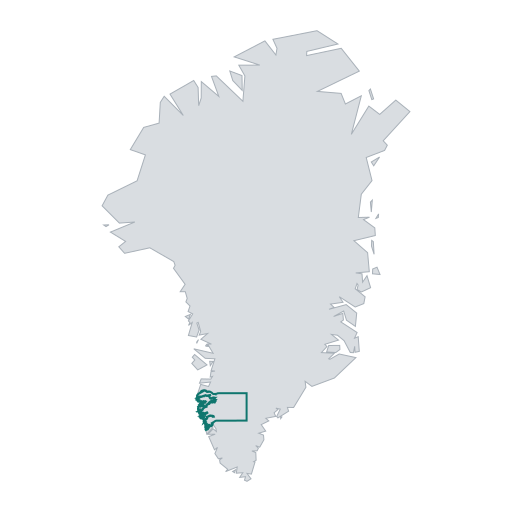 location of Qeqqata Kommunia within Greenland
{"feature_id": "GRL-2741", "entity_name": "Qeqqata Kommunia", "entity_type": "state/province", "adm_level": 1, "iso_a3": "GRL", "parent_name": "Greenland", "parent_adm1": "", "projection": "mercator", "projection_center": [-52.028, 66.171], "detail": "fine", "context": "in_parent", "style": "outline", "palette": "teal", "viewbox_px": 512, "rotation_deg": 0, "n_neighbors": 0, "source": "natural_earth", "source_scale": "10m", "svg_char_len": 9529}
<svg xmlns="http://www.w3.org/2000/svg" viewBox="0 0 512 512"><path d="M317.0,30.7L337.9,44.0L306.8,51.4L306.6,55.6L341.2,48.3L359.3,71.1L317.4,91.4L341.1,93.4L345.4,104.0L361.3,95.8L351.3,134.4L368.8,106.1L379.7,114.4L395.8,100.1L409.9,111.6L383.2,140.8L387.3,145.2L384.6,150.4L366.2,157.5L372.0,180.6L361.3,194.2L358.3,217.5L369.5,217.2L363.5,219.6L374.8,227.9L375.3,235.5L353.9,240.7L367.6,252.7L369.3,271.7L355.7,272.9L362.0,273.8L362.6,282.2L367.0,275.7L370.6,287.7L361.3,292.0L357.1,289.5L358.1,285.1L357.0,283.5L355.2,288.8L365.1,296.8L363.8,303.6L355.2,307.0L339.3,296.7L343.0,302.3L330.5,304.1L334.1,307.4L329.0,309.3L346.2,304.6L356.7,313.1L355.4,326.4L346.5,320.2L343.7,311.0L333.6,316.5L342.8,313.4L343.4,320.0L340.8,321.9L357.1,332.5L354.5,338.2L358.2,336.7L359.3,351.4L355.0,352.3L354.7,346.3L353.4,352.7L350.3,352.5L344.1,340.7L337.4,335.2L331.4,334.4L338.5,340.1L324.8,344.3L326.9,346.6L321.4,352.6L334.3,353.3L328.7,358.8L329.9,359.3L339.2,354.0L355.9,357.6L334.4,378.0L311.9,386.4L305.1,381.3L305.9,387.3L293.6,407.5L287.4,407.4L288.6,411.2L277.9,417.9L276.7,416.4L280.3,409.1L275.9,408.1L277.9,409.6L274.1,412.8L275.7,416.4L265.8,418.3L268.8,420.9L261.2,424.6L265.7,431.1L258.7,433.2L263.5,435.1L263.9,439.8L259.7,447.2L255.7,445.6L258.4,448.2L257.1,450.8L251.9,451.0L255.8,452.6L256.1,460.3L253.7,461.7L255.0,462.1L251.4,474.1L247.0,473.4L251.0,478.8L247.0,481.3L244.5,480.2L245.5,476.7L239.7,477.4L242.8,472.7L236.3,473.2L237.2,467.0L225.6,471.6L227.7,469.3L220.1,463.1L219.6,459.9L222.4,457.9L218.4,458.8L214.9,453.6L217.5,447.4L214.5,449.8L208.7,436.6L215.2,434.2L207.9,434.3L213.1,428.8L216.4,431.5L215.9,428.5L211.7,422.6L212.9,427.4L206.8,434.1L203.8,421.1L211.0,415.6L203.7,419.5L200.4,417.9L199.5,412.3L210.3,401.8L198.4,411.0L199.3,404.8L204.5,401.8L198.0,400.5L197.4,394.9L203.9,390.4L213.4,393.5L204.7,389.4L197.8,393.2L200.7,384.4L208.5,386.5L210.6,382.0L199.5,383.2L201.2,378.9L210.8,379.1L212.5,376.4L210.2,377.1L211.0,371.7L215.0,371.1L211.1,370.6L214.9,358.8L205.2,358.3L193.8,348.8L213.1,353.3L207.6,344.0L211.4,344.1L200.9,339.3L207.6,333.5L199.2,335.1L200.7,331.5L198.2,322.4L196.8,323.1L199.1,330.1L196.6,337.0L188.4,335.5L192.2,322.5L188.5,325.4L189.9,322.5L188.4,320.9L192.7,313.9L188.1,311.5L190.0,306.0L185.9,301.9L187.2,298.4L185.3,291.7L180.2,291.7L185.1,284.3L173.5,268.3L175.1,265.3L173.8,261.6L149.8,247.8L124.6,253.3L118.8,246.8L125.6,241.4L110.4,232.1L134.9,222.0L119.4,223.1L102.1,205.8L107.9,195.1L137.1,180.8L145.4,154.9L130.3,149.6L143.7,127.4L159.1,123.1L160.3,102.4L164.2,96.3L183.3,115.5L170.0,94.1L193.7,80.5L198.1,87.5L198.7,105.7L201.2,98.0L201.3,81.6L218.8,96.4L211.5,76.4L216.3,75.9L242.9,101.3L244.9,75.9L238.8,65.2L259.8,65.1L234.2,56.9L264.9,40.9L275.9,55.0L277.0,48.3L272.9,39.3L317.0,30.7ZM194.6,354.5L207.0,364.9L197.7,369.9L191.8,363.4L194.8,360.0L192.3,357.2L194.6,354.5ZM339.7,345.4L339.9,349.5L335.8,352.5L326.6,352.0L328.7,345.5L339.7,345.4ZM242.2,90.4L232.8,80.6L229.8,71.0L242.0,75.6L242.2,90.4ZM379.6,157.0L373.7,165.8L371.3,162.0L379.6,157.0ZM377.0,267.2L380.0,274.5L372.5,273.8L372.7,269.0L377.0,267.2ZM374.1,254.3L371.5,246.1L371.7,240.4L373.3,241.6L374.1,254.3ZM190.4,314.4L188.6,319.1L185.3,316.5L190.4,314.4ZM373.6,98.9L371.8,99.6L368.9,90.6L370.4,89.0L373.6,98.9ZM213.1,361.4L210.3,365.7L209.7,361.3L213.1,361.4ZM372.3,200.1L371.3,212.0L370.4,202.1L372.3,200.1ZM109.0,224.8L106.0,226.6L103.7,225.0L109.0,224.8ZM198.5,339.6L196.9,342.9L196.6,342.2L198.5,339.6ZM378.3,217.5L375.9,218.4L378.6,213.9L378.3,217.5ZM235.5,469.8L234.6,472.7L232.6,471.5L235.5,469.8ZM208.1,346.4L205.9,346.2L205.7,345.6L206.6,344.5L208.1,346.4ZM281.9,417.0L280.7,418.6L280.6,416.6L281.9,417.0Z" fill="#d9dde1" stroke="#a8b0b8" stroke-width="1"/><path d="M206.3,429.8L206.3,429.6L205.9,430.0L205.8,429.9L205.6,429.6L205.6,429.3L206.0,429.6L206.2,429.4L205.8,429.2L205.8,428.8L205.7,428.8L205.8,428.4L206.2,428.1L206.6,428.1L206.8,427.5L207.0,427.5L206.9,427.4L207.1,427.1L208.0,426.7L208.4,426.3L208.6,426.6L208.8,426.5L209.4,425.5L210.2,424.7L209.7,425.0L209.4,424.9L209.3,425.0L209.5,425.1L208.5,426.0L207.9,426.3L208.1,426.1L208.0,425.9L208.2,425.3L208.6,425.3L208.7,425.1L208.0,424.7L207.8,425.3L207.8,425.5L207.5,425.6L207.3,426.0L207.5,426.0L207.7,426.6L207.3,426.3L207.1,426.5L207.1,426.8L206.8,427.2L205.9,427.4L206.5,426.9L206.7,426.4L206.2,425.9L206.1,426.0L206.2,426.4L205.5,427.3L205.3,427.1L205.7,426.6L205.4,426.4L205.4,426.0L206.1,425.6L206.4,425.2L206.0,425.1L206.0,424.7L205.7,424.9L205.5,424.7L205.6,424.4L205.1,424.0L205.1,423.7L205.7,423.8L206.0,423.5L205.6,423.4L205.4,422.9L206.4,421.2L206.2,421.4L205.6,422.3L205.1,422.6L204.9,422.4L205.3,421.9L205.5,421.6L205.4,421.5L205.5,421.1L205.3,421.0L204.9,421.5L204.8,421.2L204.8,420.9L204.7,421.0L204.6,421.7L204.2,422.4L203.8,422.7L204.2,421.7L203.9,421.5L203.6,421.2L203.7,420.9L204.5,420.2L205.3,419.9L205.7,419.4L206.6,419.1L207.1,418.5L207.4,417.9L207.9,417.9L207.0,417.7L206.9,417.5L208.0,416.5L209.0,416.1L211.6,415.8L212.8,416.8L213.8,416.7L213.7,416.4L212.6,416.6L212.5,416.3L213.2,416.2L213.1,415.9L212.6,415.8L212.3,416.1L211.8,415.6L211.3,415.7L210.2,415.4L209.3,415.7L206.9,417.0L206.5,416.9L206.8,417.7L206.8,418.1L206.8,418.3L206.0,419.0L205.6,419.0L205.3,419.5L204.5,419.7L204.0,420.3L203.7,419.8L204.2,418.8L203.6,419.3L203.4,419.1L203.6,418.9L203.4,418.6L204.0,417.5L204.1,416.9L203.0,419.0L202.5,418.6L202.4,418.4L202.5,418.1L203.1,417.6L202.4,417.8L202.6,417.6L203.7,416.8L203.6,416.7L202.6,417.3L202.7,416.9L203.2,416.4L203.1,415.9L203.0,415.3L202.7,416.4L202.3,416.9L202.1,416.7L201.4,417.0L200.2,416.7L200.7,416.2L201.4,416.0L202.2,415.3L202.1,415.2L200.9,416.0L200.1,415.9L201.3,415.2L201.0,415.2L201.3,414.6L202.0,414.2L202.3,414.4L202.3,414.1L203.0,413.6L203.6,414.1L204.8,414.4L205.0,414.9L205.4,414.4L205.1,414.2L205.3,413.7L206.6,412.8L207.0,412.9L207.8,413.7L207.2,412.6L207.8,412.0L205.4,413.0L204.9,414.1L203.8,414.0L203.5,413.4L203.9,413.0L203.6,412.8L202.9,413.4L202.4,413.0L202.5,413.5L200.5,414.6L200.3,414.5L200.3,414.2L200.7,414.2L200.1,413.9L202.1,412.6L201.8,412.4L200.1,413.6L199.9,413.4L199.6,413.7L199.3,413.6L199.1,413.1L199.5,412.8L200.9,412.6L199.9,412.7L200.0,412.4L199.3,412.6L199.1,412.4L199.5,411.9L201.5,410.8L202.8,409.6L202.9,408.9L204.6,407.4L206.6,406.8L206.6,406.6L206.3,406.5L206.3,406.2L207.1,404.9L208.4,404.1L209.2,404.0L209.3,403.9L208.8,403.6L209.6,402.9L210.1,402.3L211.0,402.4L210.7,402.0L210.9,401.8L212.0,402.5L213.2,402.2L214.7,402.5L214.8,402.3L213.1,401.9L212.6,402.2L211.4,401.5L211.7,401.1L213.1,400.2L213.6,400.3L215.0,400.4L215.8,400.7L216.5,400.5L215.5,400.4L215.0,400.1L214.1,400.3L213.3,400.1L213.7,399.8L215.1,399.4L214.9,399.3L213.5,399.8L212.8,400.3L212.0,400.4L211.0,401.2L210.6,401.2L209.0,402.5L207.9,403.8L206.6,404.6L205.8,406.4L202.9,408.6L202.0,409.8L201.4,410.4L199.7,411.5L199.2,411.6L198.2,411.4L199.0,411.0L198.1,411.2L198.5,410.5L198.5,410.2L198.8,410.0L200.8,409.3L199.9,409.3L198.6,409.8L198.3,409.8L198.1,409.5L198.3,409.1L198.0,408.8L198.0,408.4L198.1,407.8L198.3,407.8L198.6,407.2L198.9,407.0L198.6,407.1L198.2,407.7L198.2,407.2L198.5,406.9L198.3,406.6L199.6,406.1L200.4,406.4L199.7,406.4L200.4,406.7L201.7,406.1L204.2,406.4L204.4,406.1L204.2,405.9L202.4,405.9L202.3,405.7L200.3,406.0L199.4,405.8L199.3,405.6L199.7,405.4L199.8,405.2L199.0,405.3L199.3,405.1L199.1,404.9L200.1,404.2L201.2,404.5L202.6,404.0L203.1,404.2L203.5,404.0L203.5,403.9L203.5,403.6L202.5,403.5L201.5,404.0L200.8,403.9L200.4,403.5L202.4,403.4L203.2,402.9L203.0,402.4L202.5,402.7L202.1,402.6L200.9,403.2L201.2,402.8L201.0,402.6L201.4,402.2L202.1,402.4L202.1,402.1L204.0,402.2L205.0,402.7L205.3,402.3L204.8,402.4L204.1,401.9L205.0,401.6L204.9,401.5L205.0,401.2L204.0,401.3L204.0,401.1L203.9,401.0L204.2,400.5L203.4,401.4L202.4,401.7L202.0,401.4L201.1,401.4L201.1,401.2L198.2,401.4L198.2,401.1L197.6,400.9L197.3,400.5L199.3,400.4L199.9,400.5L200.4,400.4L198.6,400.1L198.3,400.4L197.4,400.0L197.3,399.5L197.7,399.3L198.5,399.4L199.4,398.9L198.7,399.1L196.6,399.3L196.7,399.1L196.9,398.8L196.8,398.7L197.0,398.5L196.8,398.4L197.1,398.3L197.2,398.0L199.4,397.8L199.5,397.6L198.5,397.5L199.0,397.2L199.3,397.3L201.1,397.0L201.4,396.8L201.8,396.8L203.5,396.1L204.0,396.3L204.4,395.9L205.5,395.5L206.2,395.9L208.7,396.0L209.2,396.4L209.4,397.2L210.1,398.4L210.6,398.7L212.3,398.0L213.1,397.8L214.4,398.1L214.8,397.8L214.3,397.8L213.9,397.4L212.3,397.7L210.9,398.5L210.6,398.4L209.6,397.1L209.3,396.0L208.9,395.8L208.9,395.5L210.1,395.3L210.9,394.8L206.6,395.7L205.7,395.1L200.9,396.7L200.3,396.5L200.6,395.9L199.7,396.7L198.9,396.8L197.4,397.6L197.6,397.4L197.0,397.3L197.2,397.0L197.0,396.9L197.1,396.5L197.1,396.2L197.3,396.0L197.1,395.8L197.2,395.6L197.5,395.2L197.3,395.1L197.4,394.9L198.3,394.0L200.8,392.6L200.2,392.6L201.9,391.4L200.9,391.7L201.2,391.2L201.9,390.8L202.7,391.1L203.5,390.9L203.8,390.6L202.3,390.6L203.7,390.3L204.4,390.3L205.9,391.2L206.1,390.9L207.0,391.6L207.0,391.9L207.1,392.0L209.5,391.7L209.4,391.5L209.7,391.5L211.7,392.6L212.5,393.5L213.0,393.9L213.7,394.1L214.1,393.9L215.5,394.3L215.5,394.1L215.6,393.9L216.8,393.7L217.6,393.3L219.4,393.2L246.6,393.2L246.6,420.6L216.0,420.7L214.7,421.3L212.9,422.8L213.0,422.5L212.8,422.5L212.1,423.2L211.6,422.4L211.7,423.2L212.0,423.7L211.8,424.0L212.1,424.2L212.0,425.2L212.3,425.1L212.2,425.4L211.6,425.6L211.2,426.2L210.4,426.1L209.2,426.5L209.1,426.8L209.2,427.0L208.8,427.3L208.8,427.6L208.5,427.9L207.8,429.4L206.3,429.8ZM200.6,417.4L202.1,417.1L202.2,417.5L201.7,418.2L201.3,418.5L200.6,418.3L200.3,417.8L200.6,417.4Z" fill="none" stroke="#0f766e" stroke-width="2"/></svg>